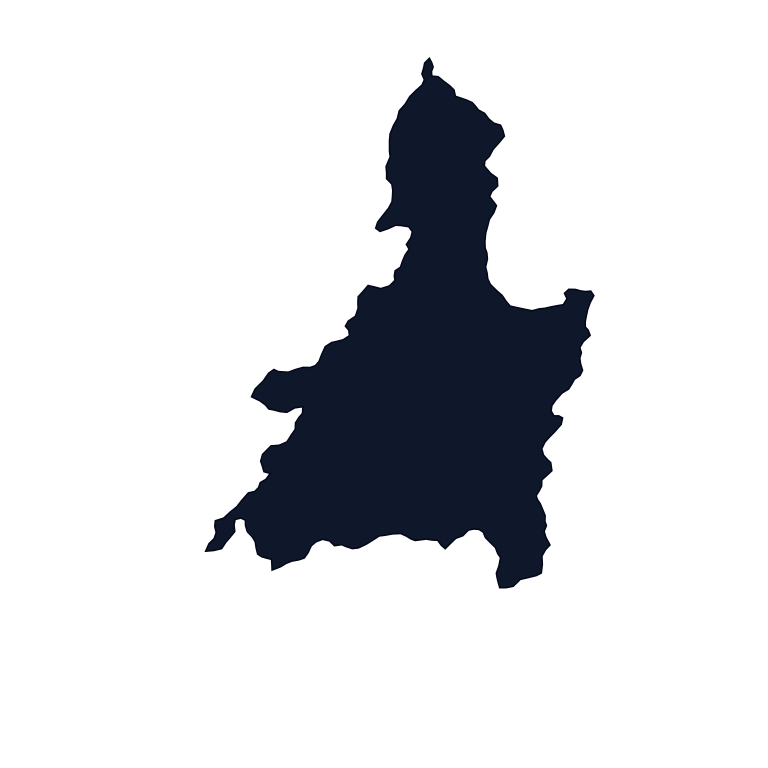 the district of Dores de Guanhães, Minas Gerais, Brazil, rotated 236°
{"feature_id": "56859067B7417265960826", "entity_name": "Dores de Guanhães", "entity_type": "district", "adm_level": 2, "iso_a3": "BRA", "parent_name": "Brazil", "parent_adm1": "Minas Gerais", "projection": "equal_earth", "projection_center": [-42.922, -19.035], "detail": "fine", "context": "isolated", "style": "filled", "palette": "ink", "viewbox_px": 768, "rotation_deg": 236, "n_neighbors": 0, "source": "geoboundaries", "source_scale": "gbopen_adm2", "svg_char_len": 3771}
<svg xmlns="http://www.w3.org/2000/svg" viewBox="0 0 768 768"><g transform="rotate(236 384 384)"><path d="M552.7,500.9L545.4,502.3L539.7,499.6L535.0,496.1L530.6,492.5L527.2,486.1L524.4,477.3L521.8,469.3L517.8,464.2L512.7,466.0L510.5,474.1L509.1,482.5L506.1,486.4L500.6,492.4L494.5,492.7L490.3,488.1L487.2,480.6L481.7,480.2L479.2,473.7L475.3,467.7L471.6,462.9L471.7,456.6L467.9,453.0L463.8,451.0L462.3,443.3L464.9,434.7L470.1,430.1L474.6,425.9L472.5,418.4L470.8,411.4L466.6,408.2L461.3,404.9L456.2,398.3L456.2,389.5L453.5,384.3L448.3,384.9L443.4,382.3L443.6,374.7L445.6,369.1L447.7,363.6L447.9,356.3L443.3,348.8L439.1,342.8L437.6,337.4L439.0,332.0L443.0,326.3L445.4,319.1L447.3,311.3L450.8,306.7L453.7,303.1L457.6,300.9L457.5,294.4L454.0,285.3L452.0,274.4L447.5,267.0L439.4,271.7L432.9,274.0L427.7,274.5L424.0,278.2L419.0,282.6L414.8,287.7L414.1,296.7L410.5,304.0L405.3,300.0L403.8,294.6L401.3,288.9L396.1,285.1L393.5,278.4L390.3,271.1L391.9,262.7L395.9,255.8L393.6,244.0L389.0,238.6L383.6,237.1L378.4,235.4L373.5,239.6L371.0,232.7L371.5,226.3L368.3,222.1L367.2,216.7L369.6,210.7L367.0,200.7L364.6,193.5L363.9,185.4L362.5,176.0L365.0,167.7L360.5,164.0L354.7,161.8L350.8,156.7L349.5,149.6L345.1,142.6L341.2,149.6L338.3,157.3L341.2,164.3L342.8,170.2L345.1,177.8L351.0,180.9L354.9,184.8L352.9,190.4L348.6,192.9L344.1,190.0L338.1,188.1L330.8,189.3L325.2,189.0L319.5,186.3L313.6,184.1L309.2,186.0L305.2,189.3L301.5,192.7L296.9,190.0L292.3,187.1L290.3,196.2L290.0,202.7L288.6,208.8L285.9,214.8L284.3,220.6L286.6,226.7L290.5,233.2L291.2,239.2L289.6,246.2L284.3,251.1L277.6,252.5L274.4,259.1L270.6,261.5L265.2,265.7L262.4,271.1L261.1,279.6L260.8,288.0L260.7,295.0L258.1,300.1L254.9,307.3L250.7,314.2L245.3,317.5L240.5,319.7L236.8,322.3L234.5,326.9L231.8,332.3L227.8,336.5L224.4,341.1L218.2,341.3L213.2,342.6L214.8,350.9L215.9,357.2L214.1,364.5L215.7,372.3L213.5,377.4L210.3,381.4L205.8,383.4L199.9,382.2L193.3,383.4L186.1,384.9L179.7,383.4L174.9,383.5L168.8,377.4L164.4,371.4L160.6,369.6L156.4,368.0L150.4,366.0L146.9,371.2L144.0,378.0L145.8,387.7L142.8,395.5L140.0,403.1L139.3,408.7L146.0,414.5L153.0,418.7L156.3,425.3L157.7,431.6L166.4,432.5L172.2,434.3L175.8,439.5L180.1,440.6L184.8,444.0L191.3,445.4L197.3,446.6L202.1,446.6L206.3,447.6L208.5,452.7L211.1,457.5L216.2,461.2L217.1,467.5L218.2,474.7L225.6,478.3L229.7,477.3L235.9,476.5L242.1,478.6L245.8,484.9L247.4,491.2L248.9,498.7L251.4,508.3L256.0,513.1L259.9,511.1L262.6,507.1L268.2,507.5L272.2,511.1L274.5,517.1L276.9,526.4L276.6,534.3L278.9,539.6L281.4,544.5L281.4,551.3L284.3,556.3L290.8,558.3L295.8,560.7L299.6,565.2L304.7,566.7L307.6,572.8L309.0,582.1L314.4,583.4L318.8,582.8L323.1,585.7L326.8,589.3L331.8,594.5L336.0,600.2L339.9,607.4L345.4,607.4L348.0,602.8L351.1,599.2L355.3,595.7L359.2,590.2L358.3,584.3L352.4,583.4L349.5,577.0L351.7,572.2L354.6,565.5L357.0,559.3L359.4,555.0L361.9,547.8L368.1,541.7L373.3,536.7L378.0,532.2L383.9,531.5L391.4,531.5L397.7,529.8L402.5,528.8L407.3,527.9L413.1,528.8L418.3,531.5L424.1,533.6L429.7,539.6L435.3,542.7L440.0,543.8L445.9,547.5L452.4,552.9L456.7,558.0L461.6,563.4L464.7,571.0L469.0,577.0L475.0,576.7L480.3,576.4L483.3,581.2L484.6,589.0L491.3,593.0L499.0,590.2L508.6,589.1L512.6,592.4L513.8,598.7L517.5,605.6L519.5,613.5L522.1,622.4L528.1,624.5L533.4,625.4L538.9,620.9L545.1,619.1L552.1,618.8L558.4,615.5L563.4,615.2L568.0,614.5L572.7,611.6L577.6,608.0L582.6,604.1L588.6,606.5L594.4,605.3L601.6,602.8L608.5,600.8L612.5,595.9L616.4,598.0L619.3,602.0L623.5,603.2L628.7,603.8L627.4,597.2L623.6,593.3L619.9,588.8L613.7,587.6L610.6,582.7L609.5,574.6L607.9,566.2L604.1,557.8L602.0,549.4L596.5,543.4L593.1,536.5L587.9,528.8L582.3,524.3L578.3,521.7L573.8,518.6L568.9,516.2L566.0,511.7L563.1,507.3L557.4,504.1L552.7,500.9Z" fill="#0f172a" stroke="#020617" stroke-width="1.5"/></g></svg>